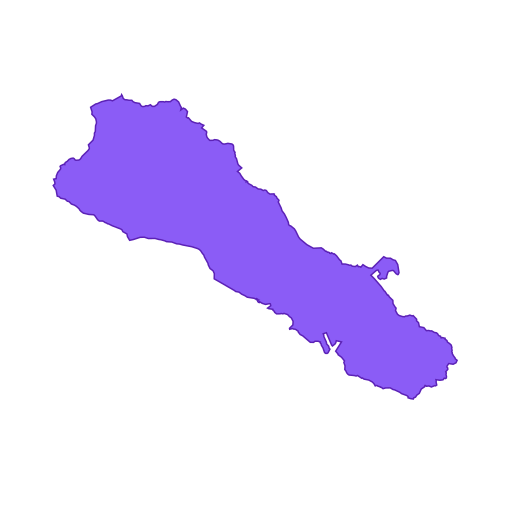 Danes, Mures, Romania, rotated 133°
{"feature_id": "2599482B49192163126076", "entity_name": "Danes", "entity_type": "district", "adm_level": 2, "iso_a3": "ROU", "parent_name": "Romania", "parent_adm1": "Mures", "projection": "orthographic", "projection_center": [24.701, 46.182], "detail": "fine", "context": "isolated", "style": "filled", "palette": "violet", "viewbox_px": 512, "rotation_deg": 133, "n_neighbors": 0, "source": "geoboundaries", "source_scale": "gbopen_adm2", "svg_char_len": 6077}
<svg xmlns="http://www.w3.org/2000/svg" viewBox="0 0 512 512"><g transform="rotate(133 256 256)"><path d="M337.8,456.4L339.1,453.7L340.4,452.2L342.7,452.4L344.2,447.0L347.8,442.2L346.9,440.5L346.9,438.2L344.6,434.4L344.6,431.4L343.7,429.8L343.9,426.5L342.6,423.4L342.2,421.2L342.1,417.7L342.6,416.1L342.7,414.2L342.4,411.5L339.6,406.6L336.5,402.8L336.5,401.0L337.5,396.5L337.3,394.4L335.1,392.1L334.7,391.1L334.4,389.0L333.8,387.9L333.7,386.6L333.1,385.8L331.9,381.7L328.5,373.3L328.3,371.7L329.0,370.0L327.9,365.4L329.5,363.2L330.7,359.1L327.7,357.0L321.4,353.5L318.4,350.5L316.6,346.6L312.0,341.8L310.1,338.2L309.0,336.7L307.0,332.8L306.6,331.3L303.2,327.1L301.2,322.3L299.5,320.2L297.9,317.1L293.0,309.3L290.4,303.8L289.9,302.0L289.9,300.0L290.7,296.8L290.9,294.8L291.9,293.0L294.2,285.9L295.0,285.0L296.5,281.1L296.1,277.3L297.3,274.5L301.2,271.0L296.0,248.5L295.8,246.6L294.0,243.8L293.7,240.5L292.6,237.1L292.1,234.3L288.2,228.5L287.8,227.2L286.8,226.6L286.5,225.1L286.7,224.8L287.3,226.3L287.6,226.5L287.7,226.2L287.4,224.8L286.9,224.7L286.6,224.2L287.5,224.4L288.0,223.9L288.2,222.6L287.7,221.8L287.0,222.2L286.4,219.2L284.9,216.0L281.5,213.5L281.2,212.9L282.3,211.3L286.2,212.0L285.8,210.7L283.5,207.3L284.1,206.6L284.0,204.7L284.5,204.0L284.3,201.5L281.7,198.8L281.0,198.5L279.9,196.8L278.9,196.4L277.3,193.0L277.5,190.3L277.2,187.9L278.5,184.3L281.3,182.0L286.0,182.2L286.6,181.4L284.3,179.9L283.7,178.5L283.0,177.7L282.4,176.0L282.5,175.2L282.2,174.0L282.8,173.2L283.3,170.2L282.5,167.3L282.1,157.4L279.9,155.0L278.1,154.7L276.0,152.4L275.0,150.3L275.7,149.9L275.8,148.6L276.7,147.3L277.5,144.4L279.8,140.1L279.8,138.8L278.8,137.6L277.7,137.3L273.7,138.4L273.4,140.0L272.4,141.3L272.1,144.5L271.0,145.8L268.6,151.5L267.7,152.4L267.0,153.8L264.1,152.2L269.5,140.1L269.7,138.7L266.4,138.2L265.0,138.5L263.2,139.5L260.5,134.9L271.3,132.8L271.8,129.0L272.2,128.7L271.7,124.4L272.4,119.7L274.0,119.1L275.6,116.0L278.5,113.6L278.7,112.1L279.6,109.8L279.8,108.3L279.6,106.8L276.4,102.6L275.5,100.9L274.2,100.3L273.3,95.3L272.6,94.9L272.4,93.1L269.8,88.9L268.8,85.0L268.9,82.8L269.7,80.2L268.8,79.9L268.0,78.7L268.1,78.1L267.3,76.6L267.2,76.0L266.9,75.8L267.0,75.3L266.6,74.8L266.4,72.6L264.2,71.3L260.9,67.9L260.2,64.7L259.4,63.4L257.6,57.9L257.4,55.7L255.3,50.8L255.0,49.0L256.0,48.1L254.8,45.5L253.3,43.4L252.2,43.9L250.4,43.1L248.0,43.5L245.1,42.9L240.6,44.4L236.6,43.5L235.5,44.1L235.1,43.6L235.1,42.6L233.1,40.9L232.2,38.4L228.8,36.8L228.5,36.1L227.1,35.8L225.4,38.3L224.1,39.3L223.7,40.0L221.5,36.8L219.4,35.1L219.0,34.8L217.0,35.0L216.5,33.9L215.4,33.6L214.1,34.6L213.1,36.2L211.7,37.1L211.3,38.3L208.1,38.4L207.1,39.5L207.0,40.6L206.3,41.2L203.2,41.7L200.7,38.0L197.7,36.9L195.1,37.8L195.3,40.2L194.8,40.8L194.4,43.2L193.5,46.0L192.8,46.6L192.4,47.7L191.4,48.1L190.0,50.0L189.3,50.3L188.0,52.5L188.0,54.7L188.4,57.4L187.6,58.7L187.9,61.0L187.2,61.6L188.6,64.1L189.6,64.8L188.8,66.4L189.5,67.6L189.4,69.1L189.0,70.1L189.1,71.6L190.3,73.5L190.9,76.4L192.0,77.5L192.6,78.8L194.4,80.5L193.9,84.4L196.3,88.3L193.9,91.7L193.9,94.4L192.7,95.4L192.4,100.4L193.3,100.9L194.3,103.2L196.5,104.3L198.0,105.7L199.1,105.9L200.3,107.4L201.9,110.7L202.1,112.8L200.8,116.7L198.6,118.0L198.4,119.7L197.4,123.3L195.1,125.7L195.0,130.6L194.4,132.4L194.6,133.0L195.0,133.1L193.9,137.7L194.1,138.3L193.0,143.5L191.9,153.8L191.7,158.9L184.8,158.2L183.6,157.7L183.0,156.9L183.8,155.5L184.0,153.4L185.2,152.7L187.2,153.2L188.1,152.9L188.7,151.2L188.3,149.1L186.4,148.5L185.4,146.5L183.0,145.5L181.8,146.6L177.8,148.5L176.6,148.5L173.6,146.5L172.9,145.5L173.4,141.4L173.0,139.7L172.5,139.4L170.7,140.0L165.6,146.5L164.2,151.0L165.3,153.2L165.9,156.1L168.6,159.1L169.4,162.1L185.7,162.7L187.9,165.4L188.9,168.7L189.4,171.9L192.7,171.7L192.9,172.8L194.0,173.9L193.5,175.6L196.0,176.2L197.8,178.6L197.9,180.4L199.1,181.4L199.5,182.6L200.9,185.1L203.2,187.6L201.6,190.7L201.8,192.2L200.9,197.3L201.0,200.2L201.5,200.4L202.1,202.9L203.1,202.9L203.7,203.9L203.4,204.2L203.7,205.5L204.5,206.3L204.5,207.7L205.1,208.3L205.1,211.6L205.5,213.8L211.2,219.3L213.0,226.4L213.5,235.2L213.1,237.7L210.6,244.1L210.0,246.5L210.3,251.0L210.8,252.2L210.8,253.5L209.3,255.3L207.3,260.0L205.9,263.9L205.2,267.8L203.7,270.4L201.3,276.6L199.8,277.0L199.5,277.5L199.4,280.0L198.7,281.6L199.0,284.0L198.2,284.8L198.4,285.3L201.2,288.1L201.6,290.6L201.1,292.9L201.2,293.6L201.9,294.7L203.2,295.4L203.8,298.0L205.5,300.1L205.9,303.4L207.3,305.4L207.2,307.3L208.1,310.6L208.1,311.9L207.3,312.9L207.5,313.4L208.4,313.7L207.6,314.3L208.1,315.2L208.3,317.1L207.4,321.7L206.6,324.2L206.8,327.2L201.3,326.5L201.4,330.7L201.0,332.1L198.1,336.7L197.6,338.9L196.6,339.6L195.2,341.8L194.5,342.0L193.9,344.4L190.9,347.4L190.4,348.5L190.5,350.0L192.8,353.4L195.4,355.2L196.5,356.5L196.8,357.7L196.7,360.5L197.1,362.5L197.7,363.7L199.2,365.7L200.7,366.3L203.0,368.7L202.8,371.7L202.3,373.4L200.8,375.5L199.4,376.2L198.6,377.2L199.4,383.1L196.0,383.3L197.0,386.3L197.2,388.1L198.4,388.7L199.0,389.5L200.3,391.8L201.5,394.9L201.0,399.7L201.7,400.1L201.9,401.7L197.1,404.6L196.7,407.8L197.4,410.0L200.5,410.6L198.2,411.9L198.1,412.9L196.1,417.7L196.3,421.2L197.2,422.9L199.3,423.7L201.5,423.9L203.4,425.8L204.5,427.3L205.7,427.8L206.4,429.1L208.8,431.6L210.1,432.1L212.4,431.5L215.8,432.3L217.3,433.9L217.4,436.4L219.9,437.4L221.2,439.1L222.4,439.4L223.9,440.6L224.4,441.6L224.5,442.6L223.8,445.2L226.4,449.1L227.0,451.2L226.8,453.0L228.8,455.2L229.9,457.0L230.8,458.0L231.2,458.8L231.3,460.6L230.0,463.1L229.7,464.3L230.8,463.7L240.4,466.8L241.2,468.7L242.7,470.4L248.3,474.1L252.7,475.9L254.1,476.9L260.0,478.4L262.4,474.1L264.3,472.7L264.4,469.2L264.9,466.8L266.7,464.2L267.8,463.2L270.1,462.2L274.6,458.4L276.3,458.0L278.0,456.4L282.4,454.2L289.0,454.4L290.4,451.9L291.2,451.1L293.5,450.8L301.6,451.2L304.6,450.6L305.8,450.7L306.8,451.1L308.8,453.0L309.1,453.7L308.8,455.4L309.1,456.5L310.9,457.9L312.9,458.6L315.4,458.6L317.6,459.2L318.8,458.9L319.6,458.2L320.1,459.2L323.4,460.5L324.2,460.3L324.8,458.8L325.9,458.2L330.1,458.0L333.5,456.7L335.7,454.9L337.8,456.4Z" fill="#8b5cf6" stroke="#5b21b6" stroke-width="1.5"/></g></svg>